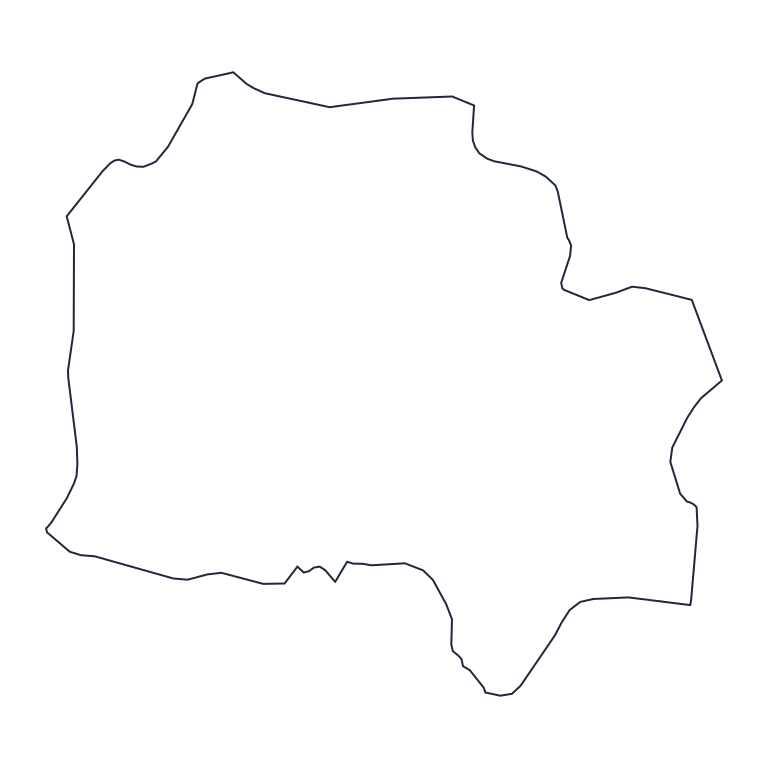 the border of Kâmpôt
{"feature_id": "KHM-1797", "entity_name": "Kâmpôt", "entity_type": "Province", "adm_level": 1, "iso_a3": "KHM", "parent_name": "Cambodia", "parent_adm1": "", "projection": "mercator", "projection_center": [104.331, 10.788], "detail": "fine", "context": "isolated", "style": "outline", "palette": "slate", "viewbox_px": 768, "rotation_deg": 0, "n_neighbors": 0, "source": "natural_earth", "source_scale": "10m", "svg_char_len": 1576}
<svg xmlns="http://www.w3.org/2000/svg" viewBox="0 0 768 768"><path d="M690.2,605.1L628.5,597.4L593.2,599.0L580.3,601.9L569.7,610.0L561.8,622.2L554.9,635.4L520.6,685.7L512.0,693.8L500.3,695.7L485.4,692.5L485.4,692.3L483.6,687.5L469.8,670.2L463.0,666.2L461.5,659.0L458.3,655.6L452.8,651.1L451.3,644.6L452.0,619.3L446.1,604.0L432.9,579.9L423.1,570.4L405.0,563.3L371.2,565.3L363.2,563.8L353.1,563.6L347.1,561.8L335.3,581.6L335.1,581.8L325.3,570.3L319.7,566.6L313.9,567.6L308.8,571.3L303.7,572.5L297.4,566.6L284.6,583.5L263.3,583.9L221.4,572.8L207.4,574.4L187.6,579.7L173.4,578.5L94.7,556.3L80.9,555.2L69.7,551.7L47.0,532.3L46.1,528.4L46.2,528.2L48.1,526.5L51.8,521.8L67.0,497.9L73.9,483.6L76.5,476.2L77.4,463.9L76.8,446.8L68.2,377.3L68.0,370.4L73.7,331.0L74.0,244.3L66.7,216.3L102.8,170.9L110.7,162.9L114.7,160.5L118.9,159.7L125.0,161.8L130.4,164.6L136.6,166.5L143.4,166.8L151.9,163.5L156.0,161.4L167.9,146.9L191.6,105.3L192.4,103.6L197.5,83.5L202.0,80.3L205.3,78.5L233.3,72.3L246.7,84.0L254.0,88.3L264.7,93.2L329.7,107.2L392.6,98.7L452.2,96.5L474.1,105.5L472.3,132.6L472.9,140.7L475.2,147.1L479.3,153.3L487.5,158.8L494.4,161.3L520.9,166.4L536.8,171.5L545.9,176.7L555.5,185.6L557.8,191.7L567.3,237.8L569.0,240.2L571.1,245.6L570.1,255.8L561.2,282.8L562.3,288.2L564.0,289.8L589.1,300.1L615.7,292.8L632.1,286.7L645.4,288.2L691.8,299.9L721.9,380.5L701.1,398.1L694.1,407.1L687.3,417.7L672.3,447.5L670.3,461.8L680.1,493.6L686.8,501.5L689.8,502.4L692.3,503.5L694.7,505.2L696.6,507.3L697.5,525.8L691.2,599.2L690.3,604.9L690.2,605.1Z" fill="none" stroke="#1e293b" stroke-width="2"/></svg>